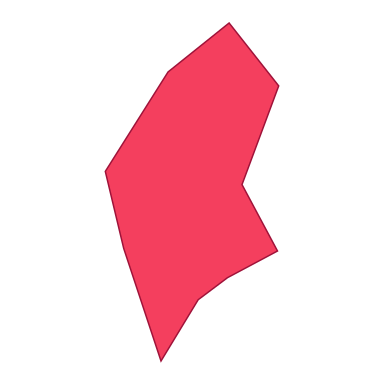 the Highly Urbanized City of Cebu
{"feature_id": "PHL-5522", "entity_name": "Cebu", "entity_type": "Highly Urbanized City", "adm_level": 1, "iso_a3": "PHL", "parent_name": "Philippines", "parent_adm1": "", "projection": "albers", "projection_center": [123.895, 10.342], "detail": "fine", "context": "isolated", "style": "filled", "palette": "rose", "viewbox_px": 384, "rotation_deg": 0, "n_neighbors": 0, "source": "natural_earth", "source_scale": "10m", "svg_char_len": 261}
<svg xmlns="http://www.w3.org/2000/svg" viewBox="0 0 384 384"><path d="M277.5,251.0L227.6,277.6L198.2,299.7L161.0,361.0L123.7,248.4L105.3,171.4L168.1,71.9L229.1,23.0L278.7,85.9L242.0,184.6L277.5,251.0Z" fill="#f43f5e" stroke="#9f1239" stroke-width="1.5"/></svg>